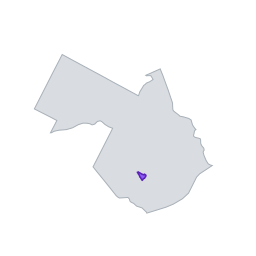 Santa María Chiquimula, Totonicapán, Guatemala shown in context, rotated 297°
{"feature_id": "79465075B31639983176614", "entity_name": "Santa María Chiquimula", "entity_type": "district", "adm_level": 2, "iso_a3": "GTM", "parent_name": "Guatemala", "parent_adm1": "Totonicapán", "projection": "equal_earth", "projection_center": [-91.316, 15.037], "detail": "fine", "context": "in_parent", "style": "filled", "palette": "violet", "viewbox_px": 256, "rotation_deg": 297, "n_neighbors": 0, "source": "geoboundaries", "source_scale": "gbopen_adm2", "svg_char_len": 2500}
<svg xmlns="http://www.w3.org/2000/svg" viewBox="0 0 256 256"><g transform="rotate(297 128 128)"><path d="M60.7,183.4L61.5,182.3L62.3,179.6L63.2,176.8L62.7,173.7L62.3,171.1L63.4,167.3L63.3,164.5L63.8,162.8L65.3,161.6L66.1,159.5L61.7,152.1L61.8,150.4L62.3,148.3L65.9,140.4L70.1,131.1L74.7,120.7L77.5,114.5L87.7,114.5L94.4,114.5L102.9,114.5L112.2,114.5L118.3,114.5L120.8,114.4L120.3,110.3L120.7,105.9L121.8,101.8L121.8,100.0L120.0,97.8L116.4,96.6L114.5,94.6L114.5,92.2L113.6,89.2L111.9,85.7L108.4,82.2L103.0,78.5L98.5,73.7L94.7,67.5L91.5,63.6L89.1,62.0L88.5,61.1L95.7,61.2L102.4,61.2L102.5,52.5L102.5,44.7L102.5,35.9L114.8,35.9L129.5,35.9L144.7,35.9L156.6,36.0L163.6,36.0L163.3,46.9L163.0,59.5L162.8,68.8L162.5,81.2L162.1,93.9L161.7,111.2L161.4,122.4L161.6,122.7L165.6,122.1L171.5,122.6L172.9,122.6L174.8,123.6L176.2,123.9L179.2,126.4L182.7,128.3L185.0,124.5L183.8,122.1L182.9,120.9L183.0,119.9L195.3,129.9L193.9,131.4L190.8,135.0L185.1,141.1L180.1,146.5L175.2,151.5L170.8,156.0L170.3,156.4L164.7,159.6L163.8,161.0L162.6,167.4L162.1,168.9L163.1,172.4L164.1,177.8L163.8,180.6L160.0,184.1L158.2,187.3L157.4,189.3L156.7,188.8L155.5,188.6L152.8,189.4L151.4,189.6L150.3,190.5L150.2,192.4L151.0,195.6L151.2,197.2L150.5,198.0L147.1,199.9L145.7,201.7L144.4,204.7L142.9,205.9L141.4,205.7L140.3,206.1L137.9,208.3L134.4,212.5L132.5,215.7L132.4,218.0L132.8,220.1L119.8,212.7L115.5,211.4L97.4,211.5L89.6,208.6L80.7,202.9L74.7,197.8L60.7,183.4Z" fill="#d9dde1" stroke="#a8b0b8" stroke-width="1"/><path d="M87.9,164.2L88.0,164.2L88.0,164.4L88.2,164.6L88.3,164.6L88.9,164.6L89.3,164.7L89.7,164.8L89.9,164.9L90.0,164.9L90.2,165.1L90.5,165.4L90.7,165.6L91.0,165.6L91.5,165.5L91.9,165.6L92.1,165.6L92.5,165.8L93.2,165.7L93.3,165.7L93.5,165.7L93.8,165.5L94.0,165.4L94.2,165.1L94.2,164.9L94.1,164.7L94.2,164.2L94.3,164.1L94.4,163.8L94.4,163.7L94.1,163.5L93.7,163.7L93.5,163.4L93.5,163.2L93.4,163.1L93.3,162.8L93.4,162.0L93.4,161.9L93.1,161.2L93.3,160.6L93.4,159.0L93.4,158.2L93.5,157.7L93.5,157.1L93.4,157.1L93.2,156.9L92.9,156.9L92.7,156.6L92.5,156.8L92.5,157.0L92.4,157.2L92.4,157.3L92.3,157.5L92.2,157.8L92.1,158.0L91.8,158.0L91.7,158.1L91.7,158.4L91.6,158.5L91.5,158.9L91.4,159.0L91.1,159.3L90.9,159.5L90.6,159.9L90.5,160.0L90.3,160.3L90.2,160.4L90.0,160.6L89.7,160.9L89.5,161.2L89.5,161.3L89.5,161.6L89.4,161.8L89.3,162.0L89.1,162.2L89.0,162.3L88.9,162.4L88.7,162.6L88.7,162.8L88.6,163.2L88.6,163.3L88.4,163.5L88.2,163.9L88.1,164.0L87.9,164.1L87.9,164.2Z" fill="#8b5cf6" stroke="#5b21b6" stroke-width="1.5"/></g></svg>